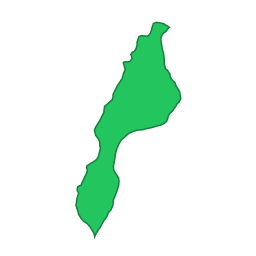 Saqulta, Suhaj, Egypt (Natural Earth projection), rotated 241°
{"feature_id": "37247803B11540085647408", "entity_name": "Saqulta", "entity_type": "district", "adm_level": 2, "iso_a3": "EGY", "parent_name": "Egypt", "parent_adm1": "Suhaj", "projection": "natural_earth1", "projection_center": [31.659, 26.692], "detail": "fine", "context": "isolated", "style": "filled", "palette": "green", "viewbox_px": 256, "rotation_deg": 241, "n_neighbors": 0, "source": "geoboundaries", "source_scale": "gbopen_adm2", "svg_char_len": 2112}
<svg xmlns="http://www.w3.org/2000/svg" viewBox="0 0 256 256"><g transform="rotate(241 128 128)"><path d="M187.3,155.4L186.4,155.3L180.5,154.0L178.3,151.0L174.0,146.7L170.6,140.1L170.4,139.5L166.6,134.1L164.5,131.1L162.3,129.9L160.2,127.5L160.2,126.9L158.8,120.8L158.8,120.4L158.3,118.0L153.3,114.3L148.2,106.9L144.3,99.9L142.2,97.5L137.3,96.2L133.5,96.7L129.6,96.6L126.4,94.8L123.7,94.1L120.5,91.1L117.8,88.7L116.2,86.3L115.7,85.1L115.2,81.5L115.2,78.5L114.8,73.8L113.7,72.6L110.4,71.9L108.8,70.1L101.9,60.5L100.8,59.3L101.1,55.6L98.4,53.4L94.9,53.2L92.8,50.8L91.3,49.3L89.4,47.9L85.4,44.9L80.4,44.0L76.2,43.0L71.7,43.1L67.3,44.2L64.7,45.8L60.4,46.8L56.4,47.0L51.9,47.1L49.0,46.1L50.1,47.4L51.4,49.3L53.1,52.5L54.1,54.6L54.9,56.0L56.5,58.5L58.2,61.1L60.1,65.2L60.9,66.7L62.7,68.8L64.0,71.1L64.2,71.7L64.7,73.4L67.4,77.0L69.9,78.9L71.9,80.0L74.0,82.7L78.2,87.7L82.4,92.0L85.7,94.3L88.8,95.5L91.8,95.4L94.5,95.2L97.9,95.1L101.2,96.4L106.7,100.9L108.9,102.6L112.0,104.9L115.9,108.8L118.6,112.5L120.7,116.2L121.7,120.6L122.9,126.1L122.9,126.8L122.5,130.8L121.4,135.7L119.5,139.6L118.3,144.4L116.9,148.8L116.0,153.0L114.7,158.0L114.5,162.0L115.2,165.1L116.6,166.9L118.0,168.2L119.2,169.4L120.3,171.4L120.6,172.3L120.9,174.1L122.8,178.1L124.1,180.9L124.2,181.0L125.3,182.4L125.9,185.1L127.8,188.2L131.8,189.7L134.5,190.7L138.2,190.7L141.3,190.4L141.6,190.4L144.9,191.1L147.1,190.4L149.7,189.8L150.9,189.8L152.4,189.8L154.7,190.8L159.5,190.5L161.2,189.5L166.3,190.8L167.5,191.4L169.1,192.2L171.8,193.6L176.5,195.4L179.8,196.1L186.1,198.3L189.3,199.5L191.6,201.2L193.6,204.1L194.0,207.8L195.4,211.0L196.0,213.0L202.1,209.7L205.1,206.1L205.4,205.7L205.6,205.4L206.9,203.6L207.0,200.8L205.9,199.6L205.4,199.0L204.3,197.8L202.7,196.5L201.1,194.7L200.0,193.5L199.0,190.5L199.0,189.9L199.0,189.3L201.3,185.8L201.8,185.3L202.4,184.1L202.5,181.7L201.9,181.1L198.7,177.5L198.2,177.5L195.5,175.6L193.3,173.2L191.8,170.2L192.3,168.5L190.7,166.0L189.7,166.0L186.9,165.4L185.9,163.6L185.4,161.8L185.9,160.0L186.5,158.8L187.1,157.7L187.7,156.5L187.4,155.7L187.3,155.4Z" fill="#22c55e" stroke="#15803d" stroke-width="1.5"/></g></svg>